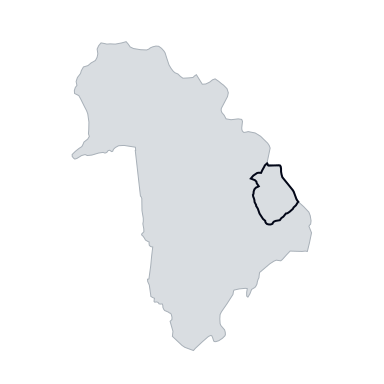 Soum highlighted on a map of Burkina Faso, rotated 84°
{"feature_id": "BFA-2806", "entity_name": "Soum", "entity_type": "Province", "adm_level": 1, "iso_a3": "BFA", "parent_name": "Burkina Faso", "parent_adm1": "", "projection": "mercator", "projection_center": [-1.266, 14.274], "detail": "fine", "context": "in_parent", "style": "outline", "palette": "ink", "viewbox_px": 384, "rotation_deg": 84, "n_neighbors": 0, "source": "natural_earth", "source_scale": "10m", "svg_char_len": 4035}
<svg xmlns="http://www.w3.org/2000/svg" viewBox="0 0 384 384"><g transform="rotate(84 192 192)"><path d="M290.4,243.8L280.1,244.2L276.4,245.4L274.1,245.4L274.1,244.4L273.8,243.9L260.8,240.7L251.8,238.9L242.6,236.8L242.0,238.7L240.7,240.0L238.7,240.1L237.3,239.8L236.4,241.3L234.9,243.3L232.8,244.2L230.7,245.4L229.5,246.5L228.6,246.5L226.5,244.0L223.7,243.8L218.5,244.2L216.1,243.5L212.9,243.2L205.3,243.7L193.2,242.6L191.2,243.2L190.7,243.7L178.7,243.8L165.5,243.9L154.4,244.0L144.8,244.1L144.8,243.7L141.6,243.6L141.3,244.5L138.6,254.6L138.3,260.1L139.7,263.5L141.4,265.7L143.2,266.6L143.4,267.8L141.9,269.4L142.0,271.0L143.8,272.7L144.2,274.5L143.3,276.3L143.5,280.8L144.8,287.8L144.8,292.3L143.6,294.4L144.2,298.0L146.6,303.0L147.0,305.1L146.1,306.1L144.2,307.4L142.2,307.3L139.8,304.3L138.8,302.9L136.9,299.9L135.3,296.8L133.2,295.4L131.0,294.2L128.5,290.2L126.0,288.3L123.3,288.9L119.5,288.2L111.7,287.2L103.3,287.5L99.9,288.4L96.4,289.8L87.8,293.0L84.3,294.5L81.7,298.5L78.8,298.4L75.8,297.1L74.0,295.3L70.0,295.7L66.2,294.0L62.5,290.5L59.8,289.4L56.3,286.9L55.4,282.2L53.1,278.9L51.1,274.3L48.1,272.3L44.7,271.2L39.9,271.4L36.7,269.5L34.2,266.9L34.9,264.5L36.0,261.2L36.1,258.0L36.9,252.8L36.4,246.4L35.6,241.8L38.2,240.0L41.3,238.3L43.2,235.2L45.1,228.3L46.0,222.3L45.4,220.1L44.3,218.4L43.5,215.8L43.1,212.6L43.6,209.9L45.9,207.3L48.8,205.2L50.9,204.2L56.4,203.1L63.2,201.6L67.1,199.8L70.0,198.0L71.6,196.5L73.2,193.6L75.9,191.4L77.9,189.1L78.2,182.7L78.2,179.1L76.7,177.1L75.8,175.4L85.9,170.5L86.0,167.0L84.6,163.0L82.6,159.9L81.9,157.2L84.7,153.9L87.2,151.5L89.0,149.5L92.9,146.4L97.1,145.5L100.8,146.7L111.9,154.1L113.8,154.5L116.1,154.0L119.0,152.0L122.8,150.5L124.2,145.6L124.1,138.4L125.0,135.0L127.0,134.4L133.3,135.8L135.0,135.9L136.8,135.5L138.2,134.2L138.1,131.8L137.8,129.8L139.9,123.0L143.7,118.0L151.3,111.7L153.7,110.4L156.5,109.7L170.2,114.1L172.5,113.0L175.8,102.2L179.5,101.2L184.0,101.0L186.9,100.1L188.4,99.3L194.9,95.2L206.4,89.7L212.6,87.3L213.9,86.4L218.3,82.4L224.2,77.9L227.9,76.9L233.1,76.6L236.4,77.4L237.3,78.6L238.3,79.3L245.1,77.4L254.8,80.5L263.2,83.5L262.6,85.4L262.6,88.8L261.9,94.1L261.0,100.6L264.5,104.7L268.6,109.2L269.7,110.9L268.6,115.3L269.4,117.9L271.6,122.2L275.3,127.6L279.1,133.2L281.8,133.9L284.3,134.4L285.8,135.4L288.1,136.4L290.3,137.0L292.2,138.2L293.5,139.4L295.1,142.9L299.4,145.1L302.4,147.4L301.2,148.5L297.4,148.1L293.9,147.1L293.4,148.7L293.3,155.0L293.9,160.3L294.7,161.0L298.2,162.0L306.7,168.8L314.3,175.3L316.9,176.9L321.1,177.6L325.9,177.8L327.9,177.2L332.5,174.0L334.9,173.6L337.2,173.7L338.4,174.2L340.6,176.9L342.7,180.9L343.3,183.9L343.1,185.4L342.4,186.0L338.6,186.8L337.0,187.4L336.6,188.3L337.2,190.2L337.9,191.5L342.0,197.3L347.9,205.1L349.8,207.1L348.7,209.4L345.7,215.4L343.5,218.0L333.5,226.6L328.6,225.5L318.3,227.3L316.8,225.3L314.4,225.0L311.4,225.4L310.3,226.1L310.0,227.0L308.9,228.2L307.0,231.6L305.6,232.4L303.7,233.0L301.5,232.9L300.2,233.3L300.2,235.0L299.8,236.5L298.3,237.2L297.6,238.8L297.7,240.5L296.9,241.2L294.9,240.8L293.8,240.4L292.7,242.4L291.4,243.9L290.4,243.8Z" fill="#d9dde1" stroke="#a8b0b8" stroke-width="1"/><path d="M181.2,101.3L184.0,101.1L186.8,100.6L200.6,91.6L202.3,90.8L210.0,88.9L211.5,88.2L212.9,87.3L213.7,88.2L216.1,90.0L218.0,92.6L219.3,93.4L221.8,96.9L222.8,98.7L223.2,99.9L223.2,100.9L226.1,103.7L227.1,105.6L228.0,106.6L228.7,107.1L229.2,107.6L229.5,112.0L230.1,113.8L231.2,114.9L231.9,115.2L232.2,115.8L232.5,117.2L232.3,119.0L231.7,120.7L230.6,121.7L229.4,122.2L228.9,122.2L228.3,122.2L226.2,124.2L220.5,127.1L215.4,128.3L212.5,129.7L211.6,129.6L208.6,130.8L206.5,130.8L204.7,131.1L203.0,131.6L201.3,131.7L201.2,131.5L200.0,131.0L197.9,130.6L195.8,129.6L194.3,127.9L193.7,125.9L193.3,125.0L190.1,126.7L188.4,126.9L186.8,128.2L184.8,132.1L183.4,130.7L182.1,129.3L179.9,125.2L179.8,123.6L180.1,121.9L180.2,121.3L177.8,119.9L174.4,117.5L173.2,116.8L171.4,114.4L173.3,113.6L173.7,113.3L173.8,112.8L174.5,102.7L174.9,101.6L176.1,101.1L178.0,101.0L181.2,101.3Z" fill="none" stroke="#020617" stroke-width="2"/></g></svg>